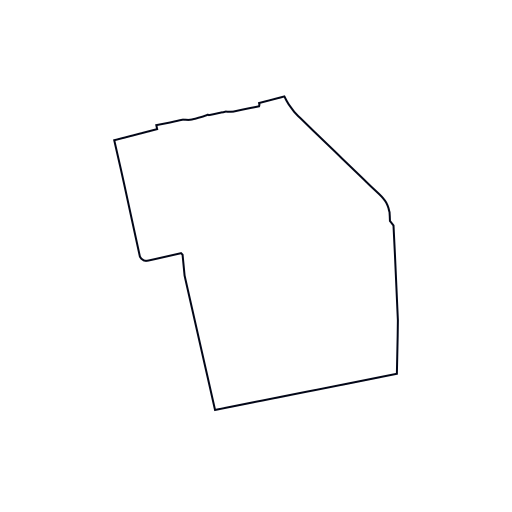 the district of 6 October-2, Al Jizah, Egypt, rotated 294°
{"feature_id": "37247803B57962000824705", "entity_name": "6 October-2", "entity_type": "district", "adm_level": 2, "iso_a3": "EGY", "parent_name": "Egypt", "parent_adm1": "Al Jizah", "projection": "orthographic", "projection_center": [30.925, 29.941], "detail": "fine", "context": "isolated", "style": "outline", "palette": "ink", "viewbox_px": 512, "rotation_deg": 294, "n_neighbors": 0, "source": "geoboundaries", "source_scale": "gbopen_adm2", "svg_char_len": 1410}
<svg xmlns="http://www.w3.org/2000/svg" viewBox="0 0 512 512"><g transform="rotate(294 256 256)"><path d="M304.1,79.4L279.7,97.7L267.4,106.8L237.5,128.7L237.3,128.9L237.1,129.0L228.1,135.6L208.2,150.2L206.9,152.3L206.3,155.3L206.8,157.5L207.9,159.3L211.8,164.6L228.1,186.4L227.3,188.4L209.1,198.7L205.6,201.3L135.5,253.7L125.5,261.2L98.7,281.2L123.3,315.9L126.6,320.7L131.1,327.0L143.4,344.4L152.8,357.7L156.9,363.6L200.4,425.1L205.7,432.6L240.2,418.1L254.9,411.8L313.5,382.5L339.8,369.2L342.5,364.1L346.4,362.2L350.3,360.2L352.2,358.6L352.3,358.6L352.8,358.2L353.7,357.5L355.6,355.7L357.7,353.3L358.9,351.5L360.5,348.5L361.4,346.6L362.6,343.5L366.4,332.5L368.4,327.0L369.7,323.6L380.1,294.8L382.0,289.8L387.9,273.5L393.9,256.9L400.0,240.5L401.0,237.5L403.2,232.3L405.3,228.6L407.9,224.1L410.4,220.6L413.1,217.3L413.3,217.0L397.0,196.6L395.6,197.6L394.0,197.9L391.0,193.7L389.3,191.2L387.6,188.8L384.3,184.2L378.5,176.3L376.3,171.6L375.7,169.7L373.9,167.5L373.4,166.6L373.3,166.3L372.2,164.9L371.2,163.5L370.0,161.9L368.3,159.6L366.3,156.8L365.5,155.6L365.5,154.5L364.3,153.4L363.1,152.1L362.0,151.0L360.9,149.7L360.0,148.6L358.9,147.2L358.0,146.2L356.7,144.7L355.8,143.4L354.6,141.9L353.8,140.6L352.8,138.9L351.9,136.4L350.8,133.7L349.6,132.0L348.9,131.0L347.5,129.2L345.9,127.0L344.3,124.9L342.8,122.9L341.4,120.9L335.0,111.7L331.7,114.1L304.1,79.4Z" fill="none" stroke="#020617" stroke-width="2"/></g></svg>